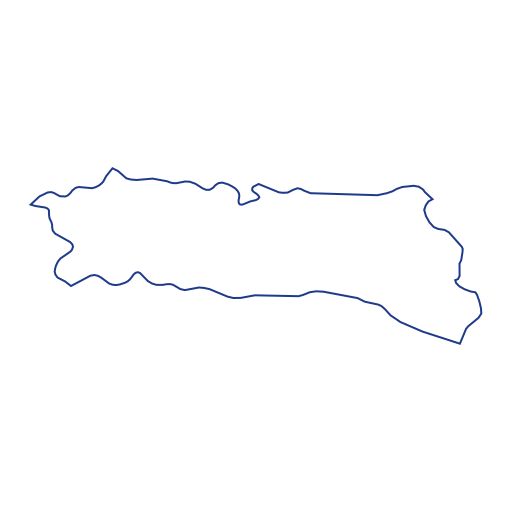 map outline of Ialomita (Mercator projection)
{"feature_id": "ROU-132", "entity_name": "Ialomita", "entity_type": "County", "adm_level": 1, "iso_a3": "ROU", "parent_name": "Romania", "parent_adm1": "", "projection": "mercator", "projection_center": [27.089, 44.61], "detail": "fine", "context": "isolated", "style": "outline", "palette": "blue", "viewbox_px": 512, "rotation_deg": 0, "n_neighbors": 0, "source": "natural_earth", "source_scale": "10m", "svg_char_len": 2254}
<svg xmlns="http://www.w3.org/2000/svg" viewBox="0 0 512 512"><path d="M71.0,286.0L65.2,281.5L57.5,277.5L55.4,274.5L54.7,271.7L55.1,268.7L55.9,265.9L57.2,263.0L58.7,260.5L60.7,258.3L70.4,251.6L72.0,249.7L73.0,246.8L72.4,244.5L70.2,242.1L55.2,233.7L52.7,230.5L52.2,227.6L52.1,224.7L51.4,222.1L49.6,218.5L49.1,215.7L48.9,210.1L47.5,208.5L45.1,207.5L35.3,206.0L30.7,204.6L39.5,196.4L47.8,192.4L51.3,192.1L54.0,193.0L59.8,196.2L65.3,196.5L68.0,195.3L70.3,193.1L72.2,190.6L75.5,187.9L78.8,187.0L92.1,188.2L95.6,187.2L98.9,185.5L101.5,183.5L103.2,181.7L106.2,176.1L112.5,168.3L118.0,171.0L126.3,178.3L130.7,179.5L136.5,180.0L152.6,178.6L167.3,181.3L169.9,182.4L172.8,183.1L176.4,183.2L185.0,181.5L189.7,181.7L195.5,183.8L202.7,188.4L206.1,189.8L209.6,189.8L213.0,187.8L215.5,185.1L218.5,183.1L222.3,182.6L228.0,184.3L231.9,186.3L235.2,188.4L237.5,190.8L238.9,193.2L239.3,195.6L239.1,197.9L238.6,200.0L238.6,201.9L239.0,203.5L239.9,204.4L241.7,204.7L243.3,204.3L250.3,201.4L255.9,200.1L258.2,198.8L259.3,197.3L258.3,195.4L256.5,193.8L253.8,192.0L252.2,190.3L252.3,188.3L253.2,186.8L258.6,184.0L278.8,192.3L282.7,192.8L287.6,192.6L293.2,189.8L297.4,188.3L300.7,188.9L303.7,190.5L310.5,193.2L377.4,195.2L386.9,193.2L392.4,191.3L396.8,188.9L402.2,187.0L413.5,185.8L418.8,186.7L423.1,189.6L425.0,192.2L432.5,199.2L428.5,201.4L425.8,205.2L424.2,209.9L426.0,216.2L429.5,222.4L433.8,227.1L438.4,229.0L444.6,229.9L448.9,232.3L461.8,246.8L462.7,248.9L462.5,252.1L461.2,260.2L459.5,263.7L459.6,275.9L458.0,279.1L455.2,280.2L456.1,283.0L459.3,286.3L464.7,289.3L470.7,291.5L475.4,292.3L477.1,295.0L479.3,301.3L481.0,308.4L481.3,313.6L478.5,317.8L468.3,326.2L466.1,328.8L459.9,343.7L422.8,331.7L400.5,322.1L390.5,315.3L385.2,309.4L381.5,306.1L378.3,304.6L364.8,301.7L357.6,298.1L323.5,291.7L316.1,291.3L309.9,292.2L302.9,295.0L298.5,296.2L254.9,295.3L240.7,297.9L233.3,298.0L227.5,296.6L209.5,289.1L203.8,287.9L198.9,287.5L184.9,290.1L180.4,289.1L173.1,284.8L170.2,284.1L166.5,284.2L162.7,284.9L156.6,284.9L152.0,283.5L147.9,281.1L140.0,273.0L137.8,272.2L135.6,272.8L133.8,274.3L130.1,279.2L128.0,281.1L125.6,282.5L119.8,284.5L115.7,285.1L112.2,284.6L109.1,283.5L101.3,277.7L97.9,275.8L94.4,275.0L90.4,275.7L71.0,286.0Z" fill="none" stroke="#1e3a8a" stroke-width="2"/></svg>